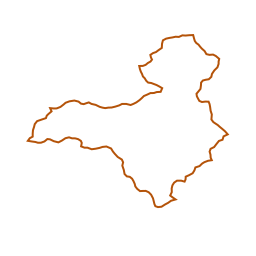 Igaratinga, Minas Gerais, Brazil, rotated 81°
{"feature_id": "56859067B35538622918215", "entity_name": "Igaratinga", "entity_type": "district", "adm_level": 2, "iso_a3": "BRA", "parent_name": "Brazil", "parent_adm1": "Minas Gerais", "projection": "robinson", "projection_center": [-44.723, -19.975], "detail": "fine", "context": "isolated", "style": "outline", "palette": "amber", "viewbox_px": 256, "rotation_deg": 81, "n_neighbors": 0, "source": "geoboundaries", "source_scale": "gbopen_adm2", "svg_char_len": 2550}
<svg xmlns="http://www.w3.org/2000/svg" viewBox="0 0 256 256"><g transform="rotate(81 128 128)"><path d="M125.0,228.9L126.3,225.0L127.3,221.7L128.5,219.2L128.9,216.2L128.2,212.6L126.3,209.4L127.0,206.8L129.4,203.4L131.3,199.0L130.1,195.3L128.3,191.4L128.0,187.7L129.4,185.0L130.0,181.7L131.2,179.0L133.3,176.6L135.5,176.0L138.8,177.2L140.6,174.1L141.1,171.1L143.3,167.2L143.4,163.2L143.2,159.2L142.7,156.1L142.9,152.2L145.6,147.9L148.8,146.6L151.4,145.1L155.0,142.7L158.2,139.0L161.1,138.2L164.3,139.5L168.8,138.7L172.9,138.6L175.6,136.7L176.5,133.9L178.7,131.9L181.3,130.9L184.3,130.1L186.9,129.9L189.6,128.4L192.2,126.0L192.5,123.1L192.9,120.3L194.7,117.6L197.5,115.6L201.4,114.3L204.7,114.0L207.2,113.8L209.5,113.2L210.8,110.8L211.0,107.2L209.3,103.3L208.2,100.1L206.6,96.9L206.0,92.2L203.8,94.5L201.3,96.9L198.2,94.8L194.5,94.3L191.6,93.1L189.2,91.0L187.7,87.9L188.3,83.8L189.8,80.5L187.8,79.2L185.1,78.6L184.2,75.2L182.8,71.2L180.2,69.0L177.5,67.6L176.8,63.3L174.7,60.3L173.7,57.9L172.9,54.1L172.9,50.3L170.2,51.0L167.3,50.7L164.1,51.1L161.5,49.7L160.3,45.9L157.9,43.4L155.0,40.2L154.4,36.5L151.2,34.9L149.9,30.5L146.4,32.7L143.7,35.0L141.1,37.3L139.1,38.9L137.3,40.9L135.5,42.8L132.6,44.3L130.2,43.7L127.7,43.1L123.9,43.7L119.8,43.6L117.1,43.7L114.6,44.3L114.0,47.6L113.9,50.9L112.4,53.3L110.2,54.1L107.5,55.0L104.9,55.0L102.8,52.6L100.7,50.3L97.4,49.3L94.6,48.7L92.8,46.6L92.5,43.7L92.5,40.6L90.5,37.7L87.7,36.6L84.6,33.7L82.1,30.2L78.9,28.5L76.5,28.1L74.0,27.1L70.6,30.0L68.8,32.5L68.5,36.1L67.3,39.0L64.0,40.3L61.1,42.7L58.9,44.1L56.7,45.3L54.7,47.3L52.5,48.4L49.6,48.8L46.4,49.1L45.9,53.4L45.7,56.7L45.0,59.8L46.0,63.5L45.3,66.7L45.5,70.0L45.5,73.1L45.7,76.4L46.9,79.8L50.1,81.2L54.2,82.1L56.0,85.9L57.4,88.5L57.9,91.5L59.3,94.5L61.9,94.3L64.2,93.6L65.9,95.4L66.9,98.2L68.4,100.7L69.0,103.7L68.5,107.2L71.7,107.0L74.4,106.5L76.8,105.7L79.4,105.2L81.5,103.7L84.2,102.6L86.3,101.0L87.2,98.0L88.7,95.4L90.0,93.1L91.8,90.7L94.0,88.0L97.4,90.1L97.0,94.0L97.5,97.0L97.0,100.3L98.1,104.1L98.9,107.3L100.7,109.8L102.3,112.3L104.0,115.7L105.0,118.8L105.7,121.8L103.9,126.1L103.3,130.1L104.3,133.2L104.9,137.3L105.2,141.0L104.8,144.2L104.8,147.4L103.9,150.0L102.7,152.6L100.1,156.3L98.5,160.3L96.6,162.7L97.0,165.3L97.5,168.0L96.6,170.6L94.2,172.7L92.5,176.7L92.5,181.6L93.3,185.7L94.7,187.9L96.6,191.4L97.5,195.4L97.1,198.3L96.2,201.8L99.6,200.9L101.6,204.2L103.1,206.3L105.4,207.5L106.2,212.2L107.0,216.7L109.6,219.5L112.2,220.6L115.3,222.2L118.6,223.0L121.6,223.5L122.7,226.6L125.0,228.9Z" fill="none" stroke="#b45309" stroke-width="2"/></g></svg>